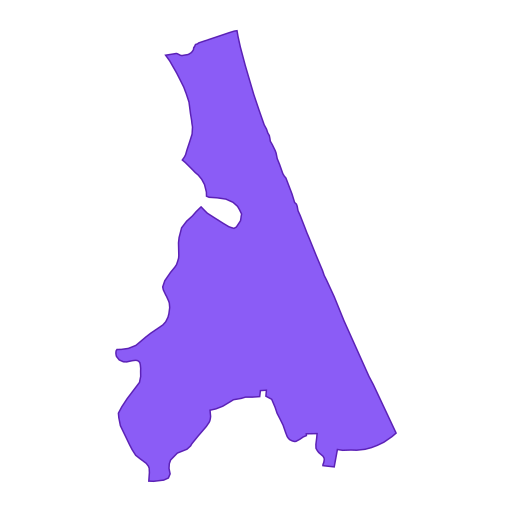 Ngu Hanh Son, Đà Nẵng, Vietnam (Natural Earth projection)
{"feature_id": "81297802B96824977906351", "entity_name": "Ngu Hanh Son", "entity_type": "district", "adm_level": 2, "iso_a3": "VNM", "parent_name": "Vietnam", "parent_adm1": "Đà Nẵng", "projection": "natural_earth1", "projection_center": [108.243, 16.007], "detail": "fine", "context": "isolated", "style": "filled", "palette": "violet", "viewbox_px": 512, "rotation_deg": 0, "n_neighbors": 0, "source": "geoboundaries", "source_scale": "gbopen_adm2", "svg_char_len": 3272}
<svg xmlns="http://www.w3.org/2000/svg" viewBox="0 0 512 512"><path d="M118.4,413.2L118.8,417.6L120.4,425.7L129.6,444.8L132.1,449.6L135.7,455.3L136.1,455.6L140.0,458.7L146.2,463.3L148.3,466.0L149.2,468.1L149.4,472.6L148.8,481.1L153.5,481.3L163.7,480.1L168.4,478.0L170.1,473.9L169.0,468.3L169.3,463.7L170.6,460.0L177.3,453.1L187.0,449.2L190.6,445.9L191.8,443.8L198.3,435.8L206.3,426.5L209.1,422.4L209.8,420.9L210.1,419.7L210.4,418.2L210.6,416.4L210.0,410.2L215.8,408.9L222.8,406.2L233.5,399.7L241.2,398.4L245.5,397.1L252.5,397.1L259.7,396.6L260.4,390.6L263.4,390.4L266.4,390.2L265.9,396.2L271.7,399.3L275.1,407.3L277.1,413.3L280.1,419.1L283.1,425.2L285.6,432.5L287.2,436.6L288.3,438.2L289.6,439.6L292.2,440.9L294.5,441.5L295.9,441.4L299.8,439.3L303.3,436.9L306.4,435.6L306.3,433.8L317.1,433.6L316.7,437.9L315.9,444.4L316.0,448.3L317.3,450.6L318.7,452.5L323.0,456.2L324.0,457.9L324.3,459.4L323.8,462.3L323.0,464.5L322.9,465.6L324.2,465.8L334.2,466.9L337.4,449.5L342.7,450.3L350.9,450.0L356.6,450.2L365.0,449.3L371.4,447.6L377.2,445.4L383.9,442.2L392.0,436.6L396.1,433.1L373.3,384.6L369.0,376.5L343.9,320.6L334.2,296.7L326.4,279.8L324.2,275.5L322.5,270.5L316.2,255.6L309.0,237.8L306.9,232.9L305.2,228.4L300.2,215.6L298.0,210.7L297.2,206.3L296.4,204.1L294.6,202.5L294.4,201.8L292.0,194.0L285.9,178.0L284.2,176.0L282.8,173.6L279.6,164.5L277.2,158.6L276.1,153.1L275.2,150.6L272.3,144.7L270.3,141.2L269.9,138.5L269.3,135.5L267.8,133.0L266.5,129.1L264.2,124.9L259.0,110.0L253.8,94.6L245.2,65.3L240.3,46.9L238.0,36.4L237.0,30.7L234.3,31.1L230.4,32.3L228.8,32.8L223.2,34.7L213.7,37.9L203.8,41.2L198.7,42.9L198.2,43.3L197.6,43.8L197.1,44.0L196.8,44.1L195.5,44.5L195.1,45.4L194.3,47.1L194.1,47.1L193.9,47.3L193.8,47.6L193.6,48.2L193.6,48.8L193.5,49.4L193.2,50.1L192.8,50.7L192.2,51.6L191.2,52.6L190.8,53.0L189.9,53.5L189.3,53.9L188.9,54.1L187.8,54.6L185.8,54.9L182.9,55.4L181.9,55.6L181.1,55.4L180.4,55.3L178.3,54.2L177.5,53.8L176.9,53.6L176.5,53.5L176.0,53.5L175.0,53.7L165.6,55.2L169.7,60.9L176.8,73.3L180.6,80.8L183.8,87.2L185.2,91.0L186.1,93.3L189.0,102.1L190.5,113.7L191.6,120.3L192.0,123.9L192.3,125.6L192.5,127.1L192.1,134.1L189.6,142.0L186.9,150.1L185.6,154.7L184.3,157.2L182.3,160.0L185.4,162.6L192.3,169.5L195.2,172.5L198.3,175.1L201.7,179.3L204.5,184.5L206.4,192.1L206.5,196.2L209.1,197.3L217.1,197.8L225.9,199.1L233.0,202.3L237.5,206.3L239.5,209.7L241.6,214.0L241.1,216.7L241.0,217.8L240.5,220.8L236.4,227.0L234.3,228.2L234.0,228.4L231.4,227.6L228.8,226.7L223.3,223.4L214.6,217.9L207.3,213.2L204.9,210.8L201.1,206.9L200.8,207.1L196.1,211.7L192.4,216.0L186.7,221.1L181.6,227.8L179.1,237.5L178.5,242.8L178.8,255.5L178.6,258.1L177.6,261.5L176.5,264.7L174.8,267.2L170.6,272.3L164.8,280.7L162.7,286.9L163.3,289.8L165.7,294.9L166.6,296.5L168.7,301.2L169.3,303.0L169.5,305.2L169.7,307.7L168.9,313.7L168.0,317.2L165.7,321.8L162.8,325.0L151.0,333.0L146.2,336.7L135.9,345.4L128.4,348.4L121.4,349.4L117.0,349.5L116.2,350.7L116.0,351.7L115.9,353.2L116.1,355.0L116.5,356.5L117.7,358.0L119.2,359.9L121.6,361.0L123.4,361.8L126.7,361.9L132.2,360.7L135.5,360.3L136.4,360.4L137.5,360.6L138.0,360.9L138.8,361.4L139.8,362.6L140.3,364.6L140.7,368.5L140.6,371.4L140.7,376.4L139.5,382.4L135.7,387.4L127.2,398.6L121.8,406.8L118.4,413.2Z" fill="#8b5cf6" stroke="#5b21b6" stroke-width="1.5"/></svg>